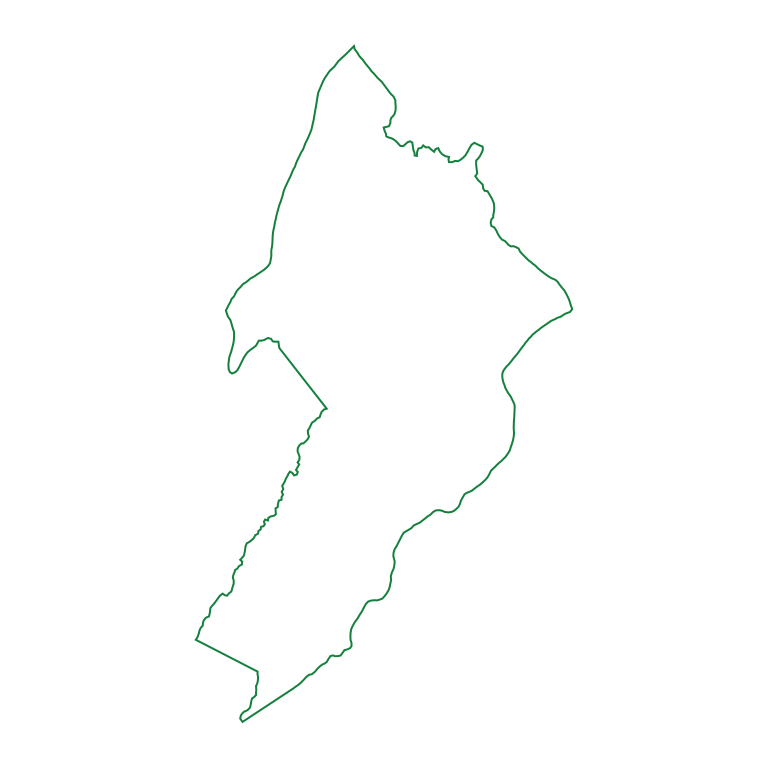 Igarapé-Miri, Pará, Brazil
{"feature_id": "56859067B62741857059247", "entity_name": "Igarapé-Miri", "entity_type": "district", "adm_level": 2, "iso_a3": "BRA", "parent_name": "Brazil", "parent_adm1": "Pará", "projection": "natural_earth1", "projection_center": [-49.142, -2.076], "detail": "fine", "context": "isolated", "style": "outline", "palette": "green", "viewbox_px": 768, "rotation_deg": 0, "n_neighbors": 0, "source": "geoboundaries", "source_scale": "gbopen_adm2", "svg_char_len": 6063}
<svg xmlns="http://www.w3.org/2000/svg" viewBox="0 0 768 768"><path d="M354.0,46.1L349.0,51.1L345.0,55.1L340.6,59.0L338.2,61.4L334.3,66.7L330.2,70.4L328.5,72.5L327.2,74.6L325.2,77.4L323.3,80.8L318.4,92.2L317.7,95.4L316.3,104.5L315.4,109.4L313.5,120.7L312.7,124.0L311.5,129.3L310.2,132.8L307.8,138.4L305.4,143.2L303.0,149.6L301.5,151.8L297.5,160.0L295.9,163.7L295.0,166.6L293.2,169.6L290.4,176.5L289.0,179.2L285.2,187.3L283.7,191.1L282.7,195.2L280.6,201.9L279.5,204.5L277.6,211.2L276.4,215.7L275.7,219.4L275.0,222.0L274.3,226.3L273.6,229.3L273.0,232.5L272.7,235.6L272.3,244.4L271.9,247.2L271.3,250.2L271.3,256.3L270.1,262.9L268.4,265.7L266.0,268.1L264.1,269.7L259.2,273.1L256.9,274.5L254.8,276.1L250.3,278.6L248.1,280.6L245.8,282.4L243.1,284.0L240.7,286.8L238.6,288.9L236.9,290.8L235.4,293.5L234.0,296.4L231.5,299.1L230.3,302.2L228.9,304.5L225.9,310.5L227.5,315.5L228.7,317.8L230.3,319.9L231.2,322.6L233.0,329.0L234.0,331.7L234.1,335.2L234.0,338.2L233.7,341.5L233.0,344.9L231.4,351.0L229.4,356.9L228.9,360.0L228.4,364.7L228.7,369.5L230.0,372.2L232.1,373.5L235.2,372.2L237.2,370.4L239.1,367.2L244.2,356.9L247.4,352.4L250.6,349.7L254.0,347.3L256.1,345.5L258.8,340.7L261.0,340.7L264.0,340.1L267.9,338.0L271.0,338.8L272.8,341.4L275.1,341.7L278.4,341.7L278.8,344.9L279.4,348.1L288.6,359.9L293.8,366.6L326.7,408.7L324.0,409.5L321.6,411.9L320.5,414.6L319.7,417.2L316.9,418.6L314.6,421.0L312.0,422.7L309.3,428.3L307.8,430.6L308.0,433.5L309.0,436.7L307.6,439.3L305.8,441.2L303.5,443.3L301.2,443.6L299.3,445.4L297.8,448.1L297.6,451.5L298.7,454.2L299.6,456.9L299.3,460.0L297.6,462.4L299.2,464.4L296.0,470.0L297.8,471.9L296.8,474.6L294.0,475.4L292.5,473.0L290.0,471.6L288.4,473.9L287.4,476.2L286.0,478.4L285.0,480.9L283.8,483.3L282.2,485.8L283.3,489.1L281.7,491.9L283.0,494.6L281.6,496.9L281.5,499.8L278.9,500.5L278.0,503.7L277.7,507.1L275.5,508.4L275.9,514.3L273.8,515.8L271.0,516.3L268.4,517.8L267.9,520.5L265.2,519.5L263.9,521.8L264.9,524.3L263.3,526.3L261.0,526.8L260.7,529.4L258.4,531.0L258.1,533.7L255.2,535.2L253.9,538.0L251.7,540.1L249.2,542.0L246.8,543.3L245.5,546.4L245.1,549.9L244.0,555.4L242.2,557.7L240.2,559.8L242.2,561.6L241.9,564.5L239.1,566.0L237.3,568.6L235.2,570.0L234.3,572.7L233.3,575.1L232.8,577.6L233.7,580.3L233.7,583.7L232.8,586.2L232.1,588.9L231.3,591.5L228.9,593.4L227.1,595.7L224.8,595.2L222.6,593.6L219.8,595.8L216.5,600.4L214.3,603.4L212.2,605.7L210.4,608.0L210.1,611.0L209.7,613.6L208.9,616.5L206.1,617.6L204.0,619.9L203.0,622.6L202.7,625.7L200.8,627.8L199.5,630.4L198.9,633.3L197.6,637.0L195.8,639.8L257.6,671.6L257.5,674.3L258.1,677.0L257.9,680.5L257.2,683.7L256.0,686.1L256.3,689.3L256.1,692.0L256.0,695.0L254.3,696.9L252.0,698.5L251.2,701.7L250.7,704.6L250.1,707.4L248.3,709.5L246.4,710.8L244.2,711.6L242.2,713.5L240.8,715.6L240.2,718.6L242.5,721.9L293.7,688.2L295.7,686.6L297.9,685.2L300.0,683.5L304.2,679.3L306.1,677.1L309.1,674.8L311.9,674.2L315.2,671.5L317.0,669.2L319.5,666.7L322.2,664.6L324.7,663.5L326.8,661.9L328.7,658.6L330.5,656.0L332.8,655.4L335.1,656.2L337.8,656.1L340.6,655.5L344.5,650.1L347.3,649.4L350.0,648.2L351.5,646.1L351.5,642.9L350.6,640.2L350.4,636.5L350.6,632.6L351.2,629.3L352.6,626.1L354.8,622.1L357.5,618.6L359.6,614.9L361.7,611.8L363.7,607.9L365.9,603.9L368.1,601.6L370.9,600.6L374.6,600.2L377.0,600.4L379.7,599.6L382.3,598.6L384.3,596.5L386.7,593.4L388.5,590.3L389.6,587.3L391.1,580.0L390.8,576.2L391.9,572.5L393.6,568.8L394.3,565.5L394.7,561.9L394.1,558.9L393.3,556.1L393.6,552.6L394.7,549.1L396.5,546.3L402.1,535.3L403.8,532.6L405.9,531.4L411.2,528.3L413.8,525.4L420.0,522.5L425.6,518.1L427.6,516.4L430.4,514.7L433.2,511.9L435.9,510.4L439.3,510.2L442.0,510.7L444.7,511.9L448.4,512.4L451.7,511.9L454.1,510.8L456.4,508.9L458.5,506.8L459.9,504.1L460.9,500.7L462.8,497.3L464.6,494.2L466.7,492.9L469.5,491.8L471.8,490.7L477.3,486.4L479.7,484.9L483.6,481.5L485.4,479.8L487.2,477.7L488.8,475.2L491.1,470.6L493.2,468.5L495.0,466.9L496.7,465.1L499.2,462.7L501.4,461.0L505.6,456.8L508.7,452.3L510.0,449.8L510.7,447.4L512.0,443.6L513.0,440.2L513.8,436.1L514.0,433.3L513.7,427.5L513.9,421.1L514.2,418.3L514.7,406.8L514.3,404.0L510.9,396.9L507.9,392.6L505.3,387.8L504.5,385.2L503.4,382.4L502.7,379.7L502.3,376.9L502.3,373.9L503.2,371.1L504.7,368.8L506.7,366.3L508.5,364.6L511.9,360.4L515.1,356.4L517.3,353.9L522.3,347.0L524.1,344.9L525.6,342.5L527.4,340.6L529.0,338.4L530.8,336.8L532.5,334.7L536.4,331.5L538.5,330.0L541.1,327.8L551.1,320.9L555.6,318.9L557.7,317.6L560.0,317.1L562.6,315.5L564.7,314.0L567.7,312.8L570.0,312.0L572.2,309.2L570.9,305.5L569.7,301.5L568.2,297.7L565.6,292.6L564.2,290.2L561.9,287.6L559.7,284.8L557.5,281.7L555.5,279.9L550.9,277.9L548.1,276.1L545.3,274.1L540.3,270.3L537.3,267.7L535.7,265.9L533.0,263.9L531.1,262.2L528.7,260.5L522.3,254.1L520.0,251.5L518.6,248.5L516.0,247.2L513.7,246.2L511.0,246.4L508.7,245.1L504.9,241.0L502.0,239.6L499.9,237.2L498.0,234.2L496.4,230.7L494.3,227.4L491.4,226.0L490.7,222.9L491.3,219.5L493.2,217.5L493.3,214.7L493.9,211.9L494.3,208.2L493.9,203.4L491.9,198.6L489.1,193.8L487.5,191.2L484.6,190.8L483.2,188.4L482.7,184.6L480.6,182.5L478.1,180.2L475.3,176.1L477.2,173.5L476.4,167.0L476.1,163.8L476.2,160.5L478.3,158.3L480.0,156.0L481.9,152.3L482.9,149.7L482.6,146.6L480.0,145.6L477.9,144.6L474.4,142.8L471.5,144.8L469.6,147.9L468.0,151.0L465.5,155.3L463.1,157.7L460.2,160.0L458.0,161.2L455.0,160.9L452.5,162.1L449.0,162.1L448.5,159.4L449.0,156.9L445.7,156.3L442.2,154.3L439.8,151.5L438.2,148.1L435.5,149.1L434.1,151.8L431.3,149.6L428.7,147.2L425.8,147.4L423.2,145.4L421.6,147.7L418.3,148.6L417.1,152.0L416.9,155.9L414.7,155.5L414.5,152.8L413.4,150.1L412.8,146.0L412.3,142.6L410.1,141.3L407.6,142.2L403.2,146.2L400.3,145.9L396.1,141.3L393.5,139.3L391.2,138.2L388.4,137.4L386.3,136.4L385.9,133.7L384.5,130.5L383.7,127.5L386.3,126.9L389.0,126.2L390.4,122.9L390.4,120.3L391.2,117.9L393.2,115.9L394.6,113.8L395.6,110.1L395.7,106.6L395.4,103.4L395.4,100.3L393.5,96.5L390.9,94.0L389.1,91.7L381.8,81.9L377.5,77.8L373.6,73.2L371.6,71.4L369.5,68.4L365.9,64.1L362.6,59.6L360.9,57.9L359.1,55.7L357.4,52.8L354.6,49.1L354.0,46.1Z" fill="none" stroke="#15803d" stroke-width="2"/></svg>